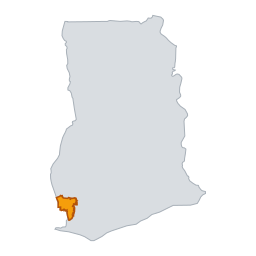 Aowin, Western, Ghana (highlighted)
{"feature_id": "2480657B72501418673064", "entity_name": "Aowin", "entity_type": "district", "adm_level": 2, "iso_a3": "GHA", "parent_name": "Ghana", "parent_adm1": "Western", "projection": "albers", "projection_center": [-2.683, 5.694], "detail": "fine", "context": "in_parent", "style": "filled", "palette": "amber", "viewbox_px": 256, "rotation_deg": 0, "n_neighbors": 0, "source": "geoboundaries", "source_scale": "gbopen_adm2", "svg_char_len": 5988}
<svg xmlns="http://www.w3.org/2000/svg" viewBox="0 0 256 256"><path d="M160.8,17.1L163.0,19.2L163.5,20.4L162.7,25.0L161.1,28.2L160.1,31.1L160.2,32.6L161.2,34.1L164.6,36.4L166.4,38.0L168.4,40.3L170.8,42.5L174.8,45.4L176.5,45.9L176.5,46.7L175.9,47.9L175.6,58.8L175.3,61.6L175.0,63.1L174.7,67.1L174.2,67.7L173.5,67.7L172.8,67.8L172.6,68.7L172.9,69.5L175.3,70.1L174.8,70.7L173.0,71.3L172.2,72.5L172.5,73.9L171.6,75.0L171.8,75.8L172.5,76.3L173.5,76.1L176.3,74.2L177.5,74.0L179.0,74.4L181.7,77.3L181.9,78.7L180.8,83.5L179.7,87.2L179.5,92.2L180.7,95.0L180.6,96.5L179.3,97.8L176.5,99.7L176.7,101.1L178.0,103.5L180.4,106.2L185.1,109.5L187.5,113.9L187.6,115.7L186.2,117.5L184.5,119.0L184.0,121.3L184.8,136.0L181.2,142.4L181.2,144.2L181.6,146.3L182.5,147.6L184.4,147.9L185.9,149.1L185.4,153.6L184.6,158.2L184.5,160.4L184.1,161.4L182.6,162.3L182.1,163.7L182.5,165.5L182.2,166.8L183.0,168.5L184.7,170.7L187.4,175.9L188.5,176.3L188.9,177.4L188.6,178.5L189.7,180.8L192.7,183.1L195.9,185.1L198.4,185.4L199.0,187.2L200.7,189.5L201.9,190.6L203.9,191.2L205.4,191.5L205.5,193.5L202.7,194.9L200.8,196.9L199.3,200.0L197.3,203.4L190.3,205.2L187.6,205.2L173.1,205.4L159.6,212.1L151.9,214.5L147.1,218.3L140.6,221.0L136.2,224.2L126.8,225.8L111.5,230.9L106.7,232.9L101.9,236.5L94.0,240.6L90.9,240.6L84.7,236.7L80.0,234.8L68.7,231.8L60.2,230.7L56.1,229.4L55.0,229.2L55.9,227.8L58.3,227.7L60.8,228.1L62.7,227.0L65.4,226.9L66.1,225.8L66.4,223.0L66.3,220.7L67.3,219.7L67.6,217.1L66.2,211.2L65.2,210.5L60.3,209.7L59.9,208.5L59.0,207.3L58.1,204.2L57.0,199.7L55.3,194.1L52.0,184.8L51.2,181.6L50.6,178.2L50.5,174.3L51.2,172.8L51.1,170.7L50.8,168.7L53.1,164.0L57.7,158.2L58.7,156.1L59.5,154.7L59.6,152.6L60.4,145.9L62.6,137.8L64.0,134.7L64.9,133.1L66.1,130.4L66.4,129.1L70.6,125.9L72.5,125.1L72.9,123.8L72.3,122.5L72.6,121.5L73.6,121.1L75.1,120.7L76.3,119.4L74.5,109.4L73.0,99.4L73.0,98.6L72.1,97.2L71.3,93.1L69.8,90.7L67.9,90.0L67.9,87.7L69.9,83.9L70.4,81.6L69.4,81.0L69.3,79.2L70.0,76.4L69.6,74.7L69.3,72.8L67.2,68.5L66.7,65.4L67.8,63.6L67.7,59.6L66.6,53.5L66.4,49.7L67.2,48.1L66.8,46.6L65.3,45.1L65.2,43.7L66.5,42.3L66.3,41.3L64.7,40.5L63.3,38.6L62.0,35.7L62.3,30.9L64.7,22.2L65.0,21.4L67.7,21.5L67.7,21.9L76.1,21.8L85.7,21.7L97.2,21.5L107.7,21.4L108.1,21.0L109.9,20.5L120.4,21.4L127.0,20.9L129.8,21.2L131.9,21.8L136.4,21.4L138.8,21.6L140.7,23.8L141.4,23.8L142.4,22.9L144.3,21.8L146.1,21.0L147.4,19.3L148.2,18.0L149.4,18.2L151.2,18.1L152.3,17.0L152.8,15.4L160.8,17.1Z" fill="#d9dde1" stroke="#a8b0b8" stroke-width="1"/><path d="M62.2,195.6L61.3,195.7L61.0,195.9L60.9,195.8L60.8,195.7L60.6,195.5L60.4,195.7L60.2,195.9L59.4,196.4L58.9,196.7L57.3,197.2L56.9,197.5L56.4,197.7L58.3,202.1L58.1,205.8L58.1,207.3L59.2,207.2L60.6,207.1L60.6,208.6L60.3,208.7L60.1,209.7L60.3,209.7L60.4,209.9L60.5,209.9L60.8,209.9L61.0,210.0L61.2,210.3L61.3,210.5L61.6,210.4L61.8,210.2L62.0,210.2L62.3,210.2L62.5,210.1L62.9,209.9L63.0,210.0L63.0,209.9L63.3,209.7L63.5,209.6L63.7,209.4L63.8,209.3L63.9,209.2L64.0,209.2L64.0,209.3L64.2,209.5L64.3,209.5L64.6,209.8L64.9,210.0L64.9,209.9L64.9,210.0L65.0,210.0L65.3,210.2L65.4,210.3L65.5,210.2L65.6,210.3L65.8,210.4L65.7,210.5L65.8,210.5L65.9,210.4L66.0,210.4L66.2,210.2L66.4,210.2L66.3,210.4L66.5,210.3L66.4,210.5L66.5,210.5L66.8,210.6L66.8,210.8L66.7,210.9L66.7,211.0L66.8,211.0L67.0,211.0L67.3,211.2L67.1,212.8L67.3,213.8L67.6,215.8L67.7,216.2L67.8,216.9L68.6,218.6L68.6,219.7L68.8,220.1L69.0,220.0L69.3,220.1L69.5,220.2L69.9,220.0L70.2,219.8L70.3,219.7L70.5,219.5L70.5,219.3L70.7,219.2L70.9,219.2L71.1,219.0L71.4,218.7L71.6,218.7L71.7,218.3L71.9,218.1L72.0,218.1L72.1,217.9L72.3,217.9L72.4,217.6L72.4,217.3L72.6,217.1L72.6,216.9L72.6,216.7L72.8,216.5L73.0,216.3L72.9,216.1L72.8,215.9L73.0,216.0L73.3,215.9L73.2,215.8L73.0,215.7L72.9,215.5L73.1,215.3L73.1,215.2L73.3,215.2L73.5,215.2L73.5,214.7L73.7,214.2L73.3,214.0L73.2,214.2L73.1,214.3L73.0,214.2L72.8,213.9L73.0,213.8L73.1,213.6L73.2,213.3L73.2,213.1L73.3,213.1L73.5,213.1L74.0,213.2L74.1,212.9L73.8,212.6L74.0,212.6L74.1,212.3L74.2,212.1L74.2,211.8L74.3,211.9L74.4,211.6L74.1,211.6L74.2,211.3L74.1,211.0L74.1,210.9L74.0,210.7L73.9,210.6L73.6,210.4L73.7,210.2L73.9,210.3L73.9,210.2L73.8,209.7L74.2,209.5L74.3,209.6L74.5,209.7L74.5,209.4L74.5,209.2L74.4,209.0L73.8,209.1L73.7,209.1L73.7,208.9L73.9,208.9L73.8,208.7L74.0,208.5L74.3,208.5L74.2,208.3L73.9,208.5L73.9,208.4L73.9,208.1L74.0,208.0L74.3,208.1L74.6,208.1L74.6,207.9L74.4,207.6L74.5,207.5L74.5,207.4L74.4,207.3L74.2,207.3L74.1,207.0L74.2,206.8L74.0,206.5L73.7,206.4L73.6,206.2L73.4,206.3L73.4,206.2L73.2,206.1L73.3,206.4L73.2,206.5L72.8,206.5L72.7,206.4L73.0,206.1L73.1,205.9L73.3,205.8L73.2,205.8L73.3,205.7L73.6,205.5L73.8,205.5L74.0,205.2L73.8,204.8L73.7,204.7L73.8,204.5L74.0,204.4L73.8,204.4L73.7,204.4L73.6,204.2L73.6,203.9L73.8,203.8L74.0,203.9L74.3,204.1L74.5,204.3L74.8,204.3L75.1,204.3L75.1,204.2L75.3,204.3L75.6,204.3L75.6,204.5L76.0,204.9L76.3,204.7L76.6,204.7L76.4,204.4L76.6,204.3L76.6,204.2L76.4,204.1L76.4,203.8L76.6,203.8L76.7,204.1L76.8,204.1L77.1,204.1L77.1,203.9L76.9,203.7L77.0,203.5L77.0,203.2L76.8,203.3L76.6,203.3L76.5,203.2L76.3,203.2L76.1,203.3L75.9,203.3L75.8,203.1L76.0,203.1L76.1,202.9L75.8,202.9L75.8,202.6L75.8,202.3L75.9,202.0L76.0,201.8L76.3,201.9L76.3,201.7L76.5,201.6L76.6,201.8L76.9,201.7L76.7,201.3L76.5,201.1L76.6,200.8L76.2,200.7L76.1,200.4L76.1,200.1L76.4,200.1L76.6,200.1L76.3,199.8L76.4,199.7L76.4,199.4L76.2,199.2L76.2,198.9L75.9,198.7L76.0,198.3L75.7,198.2L75.4,198.2L75.3,198.3L75.1,197.9L74.8,197.8L74.4,197.9L74.3,198.0L74.1,198.2L73.9,198.0L73.7,198.0L73.3,198.2L73.2,198.2L72.7,198.4L72.4,198.4L72.2,198.2L71.9,198.2L71.5,198.4L71.4,198.5L71.2,198.5L71.0,198.3L70.9,198.4L70.8,198.6L70.7,198.6L70.6,198.9L70.4,198.9L70.4,199.0L70.3,199.3L70.2,199.3L70.1,199.1L70.1,198.9L70.2,198.4L70.3,198.3L70.4,198.2L70.5,198.1L68.6,197.5L67.7,198.4L63.3,198.0L63.2,197.9L63.1,197.7L62.9,197.5L62.9,197.4L62.9,197.1L62.6,196.9L62.3,196.9L62.2,196.7L62.1,196.3L62.3,196.3L62.2,196.0L62.2,195.6Z" fill="#f59e0b" stroke="#b45309" stroke-width="1.5"/></svg>